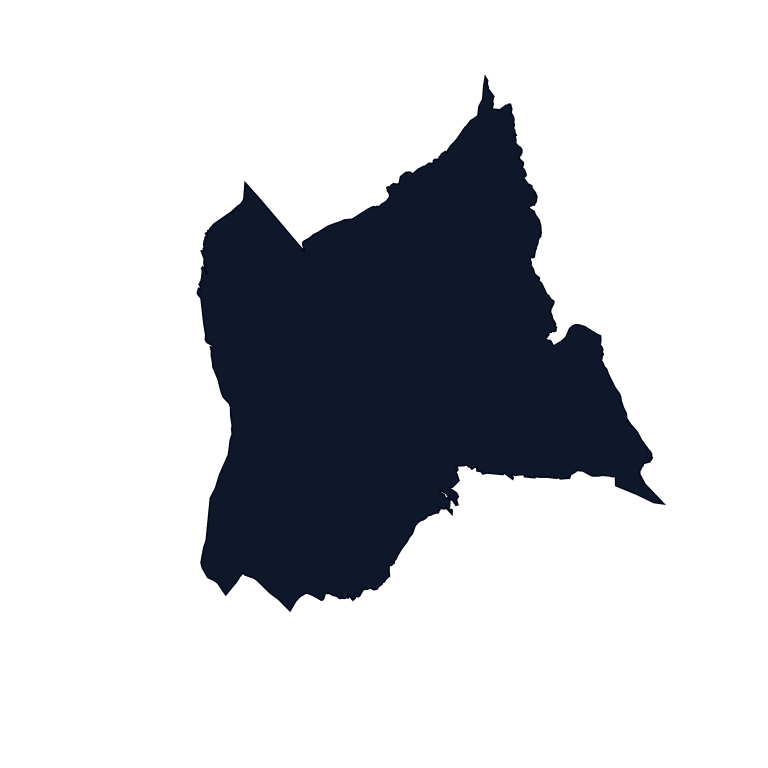 outline of "Øvre Eiker" nor, Buskerud, Norway, rotated 60°
{"feature_id": "86288312B28419209750879", "entity_name": "\"Øvre Eiker\" nor", "entity_type": "district", "adm_level": 2, "iso_a3": "NOR", "parent_name": "Norway", "parent_adm1": "Buskerud", "projection": "robinson", "projection_center": [9.827, 59.744], "detail": "fine", "context": "isolated", "style": "filled", "palette": "ink", "viewbox_px": 768, "rotation_deg": 60, "n_neighbors": 0, "source": "geoboundaries", "source_scale": "gbopen_adm2", "svg_char_len": 6170}
<svg xmlns="http://www.w3.org/2000/svg" viewBox="0 0 768 768"><g transform="rotate(60 384 384)"><path d="M452.4,633.3L463.4,633.4L468.6,629.7L473.4,627.5L487.6,626.6L481.5,610.4L478.8,605.4L477.1,600.5L479.8,600.0L486.9,593.8L490.1,592.2L508.3,587.1L517.6,583.0L533.6,578.8L527.9,568.9L526.2,563.2L526.0,556.2L527.2,554.7L531.5,551.3L540.0,546.3L540.3,545.2L539.9,543.8L535.7,539.2L537.0,538.1L538.1,535.9L541.6,533.9L544.0,531.1L547.5,529.7L547.3,529.0L548.2,528.5L548.1,527.8L550.0,525.4L550.3,523.7L549.9,523.0L551.5,522.2L550.3,519.9L555.5,519.2L555.0,518.5L555.7,517.6L555.0,517.2L555.1,515.9L553.5,513.7L555.4,512.9L555.4,511.1L551.8,505.1L552.1,504.3L551.8,503.0L552.8,502.3L553.4,501.0L553.9,497.7L557.4,495.4L557.6,493.8L558.2,492.8L556.8,489.9L556.4,485.9L555.3,484.7L555.5,482.4L554.0,479.9L553.1,475.2L549.3,473.6L544.7,470.9L544.3,470.1L544.7,467.7L544.1,466.3L544.3,464.9L542.1,463.2L541.8,461.4L540.0,459.1L535.8,451.8L531.7,442.2L529.6,439.2L527.8,434.2L522.4,428.0L520.9,424.0L520.6,420.3L521.3,417.6L520.9,414.1L520.0,412.0L521.1,408.2L520.7,407.4L521.3,406.0L521.3,404.2L522.7,401.7L522.3,400.8L521.3,400.7L521.4,399.5L520.7,398.3L519.5,397.8L520.4,396.9L520.9,395.6L522.3,394.6L522.2,393.0L524.2,391.7L530.9,390.3L527.3,387.9L523.5,391.1L522.5,391.2L523.4,389.4L523.2,388.6L516.8,384.6L514.2,385.0L514.5,386.6L514.1,387.2L512.4,387.6L510.2,387.3L506.8,389.2L503.9,388.4L509.1,385.7L509.2,384.9L516.9,384.5L519.3,382.7L525.1,382.4L525.6,380.4L520.4,379.1L518.7,375.9L514.8,375.6L506.7,379.4L506.6,378.1L507.6,376.5L505.2,367.3L498.5,365.9L495.5,365.8L495.9,364.6L495.1,362.7L491.4,362.2L493.6,357.6L493.3,357.5L494.6,355.9L495.5,352.6L498.0,352.2L498.5,351.0L501.7,350.5L501.3,347.3L502.0,345.8L502.9,345.5L505.7,347.0L508.6,343.6L511.3,343.5L512.6,339.4L521.9,326.3L521.3,324.4L530.9,320.2L529.5,318.7L528.0,319.3L526.6,318.1L528.7,316.2L530.3,312.2L533.1,307.4L534.5,308.8L540.7,300.2L539.6,299.6L542.3,296.1L546.6,288.8L551.7,282.0L551.9,281.6L550.8,281.6L551.7,280.7L551.5,280.1L554.4,278.7L558.2,270.7L558.3,270.1L557.0,269.5L557.1,268.9L556.0,268.0L555.8,261.4L555.1,260.6L558.6,255.4L567.1,250.2L568.5,248.6L571.2,243.6L571.9,241.1L576.5,234.5L578.6,232.5L579.8,229.7L587.8,234.2L606.7,219.7L621.5,209.7L627.9,201.5L601.2,208.0L590.0,207.6L587.3,206.1L584.3,201.4L584.3,200.4L582.6,199.0L584.3,192.9L582.7,189.5L582.0,188.5L580.1,188.3L578.7,187.4L575.6,187.1L573.9,187.7L561.2,189.0L551.9,188.7L542.4,190.6L535.2,191.0L530.8,188.9L524.6,188.5L517.1,187.0L513.4,185.4L510.5,185.0L502.1,185.7L487.3,184.7L482.6,183.8L478.9,184.5L474.9,183.8L471.9,184.1L471.2,182.8L468.5,180.8L468.4,179.6L467.6,179.1L465.6,179.1L463.5,177.2L461.2,176.8L458.1,177.3L455.7,175.1L450.7,172.3L446.5,175.2L434.7,181.4L430.1,185.8L428.4,188.5L428.0,192.1L428.8,195.5L434.6,203.4L435.7,209.2L435.8,218.4L430.7,218.0L429.0,218.6L428.8,219.7L426.8,221.2L424.8,221.3L424.9,219.3L423.8,219.3L424.3,217.4L421.7,214.7L422.9,213.2L422.2,212.6L422.4,211.6L423.5,211.0L424.0,208.7L423.4,208.0L422.0,207.9L421.7,206.8L420.9,206.2L419.4,207.5L418.5,205.8L417.2,205.3L411.4,205.3L408.5,204.3L403.6,203.7L403.9,202.9L402.5,202.0L399.2,196.8L397.3,195.5L393.4,197.2L390.3,197.1L387.2,198.2L375.6,197.1L372.1,198.3L369.7,196.3L366.4,197.8L363.8,198.4L359.2,197.2L354.6,197.4L352.4,195.8L349.0,195.0L347.6,194.0L348.9,192.1L349.3,190.5L343.6,185.9L343.4,185.0L341.3,183.4L339.5,180.8L336.4,178.3L335.0,176.4L334.4,174.3L332.8,173.6L332.4,172.7L325.8,169.4L319.9,167.7L313.3,168.3L309.4,167.7L306.1,169.7L303.5,170.5L303.2,170.1L303.3,166.0L304.2,164.2L303.0,162.8L302.3,161.1L298.1,157.8L293.9,157.2L288.2,157.9L286.7,156.9L284.1,158.1L284.0,158.8L283.4,159.1L275.4,160.1L274.7,159.7L275.0,157.7L274.2,156.4L269.5,155.3L265.5,155.9L263.5,153.4L261.6,152.6L257.7,153.9L255.6,153.8L254.2,152.6L254.4,151.3L253.0,149.9L252.9,149.2L250.2,147.5L247.5,147.5L244.4,149.1L241.0,149.5L238.8,147.8L234.8,146.4L234.2,147.1L233.6,146.9L234.7,145.1L231.9,145.0L229.3,143.8L227.4,144.1L224.7,141.4L222.0,140.8L220.2,139.3L217.6,138.3L212.8,138.3L209.7,135.8L205.0,134.6L204.0,136.0L204.5,137.7L203.6,138.8L204.5,146.9L202.4,149.2L201.4,150.6L201.3,152.2L200.7,152.5L197.1,150.8L196.5,149.5L193.6,148.7L190.4,146.0L190.0,145.0L180.6,146.2L179.3,145.3L175.8,144.6L173.0,142.5L168.3,142.6L176.0,148.8L186.6,156.0L191.1,163.0L198.4,168.4L198.9,170.5L199.3,177.5L201.8,183.1L202.1,185.3L208.5,198.6L211.2,207.4L213.5,212.1L214.8,213.5L213.2,214.7L213.7,219.6L214.5,220.4L215.0,222.6L216.8,224.3L215.0,227.5L215.2,228.2L214.9,228.6L215.2,229.5L216.9,230.2L217.0,231.0L216.9,232.5L215.3,234.6L215.9,239.7L215.7,241.0L215.2,241.3L215.3,244.8L214.9,245.6L216.4,253.9L215.8,254.8L214.2,255.0L212.9,256.5L211.7,259.2L212.7,266.0L218.2,270.9L217.2,273.2L215.2,275.7L215.5,278.9L216.7,280.1L215.3,281.9L215.3,283.2L215.9,283.6L217.9,283.6L218.3,284.5L221.7,284.1L224.9,285.6L227.1,291.0L227.1,296.7L228.2,299.0L226.6,301.3L226.8,302.0L226.2,303.6L225.3,303.9L224.8,305.9L224.6,310.9L225.4,329.0L221.9,336.7L221.9,340.0L220.5,346.2L219.3,354.4L219.8,364.3L219.5,370.6L220.4,375.1L220.3,382.0L220.9,383.7L222.1,384.5L229.8,386.7L163.8,398.7L140.1,403.6L153.1,412.4L154.5,413.8L156.3,417.6L156.7,418.7L156.7,421.2L158.6,429.6L160.5,451.5L162.5,457.2L163.6,458.3L163.1,460.0L164.4,460.4L164.3,463.3L167.5,463.6L167.8,463.8L167.4,464.3L167.8,465.2L167.5,465.6L169.8,467.3L170.0,468.1L173.1,470.5L176.1,471.5L176.1,472.5L176.6,473.0L177.9,473.3L178.1,474.4L177.4,475.8L186.8,477.3L186.9,478.0L189.9,479.9L192.8,480.5L194.4,480.1L199.6,482.1L200.3,482.7L199.9,483.2L193.5,480.9L191.9,482.6L193.0,483.6L192.6,484.1L195.0,484.6L201.6,489.3L202.3,490.3L203.7,490.3L203.4,491.1L204.0,492.5L205.1,493.4L205.4,494.5L207.3,494.1L210.0,495.7L209.9,496.2L208.5,496.8L211.6,500.0L213.8,500.4L218.2,499.6L242.5,510.2L252.5,513.9L256.1,516.5L257.7,516.8L260.2,516.2L266.3,512.5L266.4,514.3L265.1,515.9L269.2,517.0L272.9,519.3L278.2,521.1L283.5,523.6L297.0,525.4L309.7,529.0L314.8,529.8L323.5,527.8L327.1,528.4L335.1,532.7L344.3,536.3L346.4,538.1L351.9,540.8L355.3,544.9L367.4,554.0L380.4,571.8L390.2,582.3L395.8,591.3L430.7,616.3L435.4,621.8L447.2,631.8L452.4,633.3Z" fill="#0f172a" stroke="#020617" stroke-width="1.5"/></g></svg>